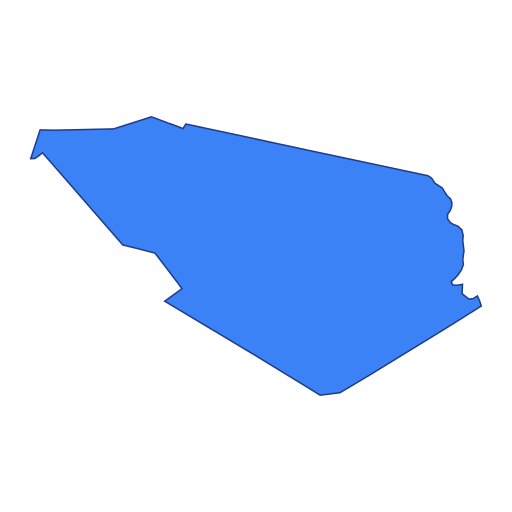 Cabeceiras do Piauí, Piauí, Brazil
{"feature_id": "56859067B86775361644795", "entity_name": "Cabeceiras do Piauí", "entity_type": "district", "adm_level": 2, "iso_a3": "BRA", "parent_name": "Brazil", "parent_adm1": "Piauí", "projection": "natural_earth1", "projection_center": [-42.282, -4.443], "detail": "fine", "context": "isolated", "style": "filled", "palette": "blue", "viewbox_px": 512, "rotation_deg": 0, "n_neighbors": 0, "source": "geoboundaries", "source_scale": "gbopen_adm2", "svg_char_len": 964}
<svg xmlns="http://www.w3.org/2000/svg" viewBox="0 0 512 512"><path d="M40.1,129.9L30.7,158.7L34.8,158.5L38.7,155.9L42.4,152.8L50.5,161.9L122.8,245.0L137.6,248.6L155.0,253.1L178.5,283.9L181.9,288.7L164.7,301.2L256.4,356.1L313.2,390.9L320.2,395.2L340.0,392.7L370.0,374.8L445.7,328.4L481.3,306.0L479.7,301.2L477.4,295.9L473.1,298.7L468.9,299.0L466.0,296.8L462.1,293.7L462.3,288.5L462.5,284.3L457.7,285.2L452.9,285.1L451.2,281.6L454.2,279.1L458.1,274.8L461.4,270.0L463.4,264.5L462.8,259.7L463.3,255.8L464.0,250.7L463.3,245.2L462.8,240.6L463.2,235.5L461.8,229.7L457.8,226.1L453.5,224.5L450.5,222.7L447.6,218.9L447.6,214.2L450.3,210.4L451.7,206.4L451.9,202.6L450.5,198.8L447.4,196.1L444.3,191.3L442.2,187.9L438.9,185.8L434.9,183.2L431.6,178.1L428.1,175.8L353.6,159.9L307.0,150.0L272.6,142.6L267.1,141.4L208.8,128.9L185.9,124.0L182.9,128.5L171.9,124.3L168.7,123.3L151.4,116.8L113.6,128.9L54.5,130.2L40.1,129.9Z" fill="#3b82f6" stroke="#1e3a8a" stroke-width="1.5"/></svg>